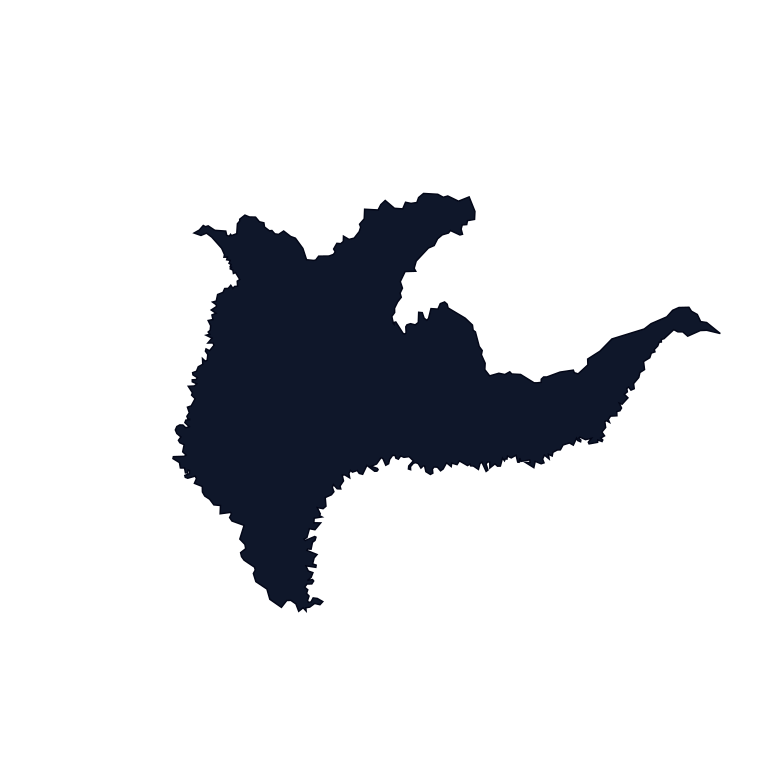 Matsoku, Leribe, Lesotho (orthographic projection), rotated 36°
{"feature_id": "5366337B96273842849421", "entity_name": "Matsoku", "entity_type": "district", "adm_level": 2, "iso_a3": "LSO", "parent_name": "Lesotho", "parent_adm1": "Leribe", "projection": "orthographic", "projection_center": [28.558, -29.136], "detail": "fine", "context": "isolated", "style": "filled", "palette": "ink", "viewbox_px": 768, "rotation_deg": 36, "n_neighbors": 0, "source": "geoboundaries", "source_scale": "gbopen_adm2", "svg_char_len": 6170}
<svg xmlns="http://www.w3.org/2000/svg" viewBox="0 0 768 768"><g transform="rotate(36 384 384)"><path d="M408.8,526.5L402.6,523.2L408.0,520.7L408.9,517.0L403.2,510.4L406.6,504.5L406.8,500.6L403.0,498.0L402.2,495.1L407.7,496.3L410.7,494.3L408.4,492.4L408.2,486.2L403.8,482.3L405.7,480.6L411.4,480.1L408.3,477.1L407.6,473.7L410.3,473.8L413.2,469.7L416.5,470.9L419.8,469.6L418.0,459.9L427.7,460.1L429.5,458.7L429.6,456.8L428.2,456.2L421.9,458.2L425.0,453.1L424.9,445.3L427.0,445.0L433.2,448.7L434.6,445.8L432.9,441.7L432.9,436.7L435.1,435.3L437.1,437.0L439.8,436.4L439.8,432.4L443.2,431.6L447.0,428.0L452.9,428.9L452.2,435.8L453.7,438.4L455.9,437.7L454.0,435.3L454.4,430.8L456.0,428.9L458.6,428.3L463.3,430.3L464.0,426.9L465.2,426.6L469.4,430.3L474.7,429.9L475.9,427.4L473.1,424.3L473.4,421.6L476.1,419.9L480.8,421.0L481.8,418.0L480.9,411.0L486.9,411.3L485.3,408.2L490.5,406.3L490.2,401.9L499.5,400.9L500.6,398.2L502.2,399.3L504.5,397.8L510.6,397.6L508.4,392.0L509.1,389.7L518.0,394.7L518.7,392.5L513.6,388.7L513.6,386.1L515.5,385.1L519.0,389.7L520.7,383.4L524.1,383.8L526.4,382.0L523.4,374.2L526.6,375.3L526.1,373.2L527.6,372.5L526.2,369.7L530.4,369.0L532.7,364.0L538.1,368.6L539.3,367.9L537.4,364.1L540.2,366.2L546.5,359.8L548.4,361.6L544.8,364.3L554.4,363.6L551.8,357.7L558.0,356.2L559.8,353.7L556.4,351.5L555.6,347.2L561.7,347.6L558.3,344.2L562.4,343.4L560.8,340.0L563.0,335.5L565.4,333.6L564.7,328.1L568.7,322.7L573.1,322.2L571.6,314.7L573.9,315.9L577.0,315.2L576.3,313.7L573.3,313.4L573.7,311.8L579.7,310.6L583.8,305.9L583.5,311.0L585.1,311.9L591.1,305.6L589.8,303.6L594.2,302.4L593.9,300.7L591.1,300.4L592.9,296.3L588.5,294.8L588.9,288.9L584.7,284.6L585.6,282.9L589.0,282.5L586.3,280.8L586.2,276.8L591.1,272.8L588.5,269.5L590.6,267.0L590.3,263.8L585.5,261.2L588.5,260.4L589.5,251.8L584.4,251.0L585.5,247.3L583.1,245.0L583.7,242.7L587.4,243.8L589.2,240.7L585.7,237.0L586.3,229.0L584.3,224.3L586.3,219.2L580.8,213.3L583.6,206.5L582.1,201.9L584.3,198.7L582.4,197.3L583.1,192.3L582.0,188.5L583.7,187.0L582.2,184.9L583.9,182.8L586.5,169.7L591.0,169.1L595.1,166.2L601.6,166.8L608.5,154.8L613.6,150.8L626.4,145.5L608.9,144.6L603.5,147.4L596.6,143.6L590.0,144.4L585.6,142.7L577.6,148.8L574.2,154.7L573.3,163.5L564.6,178.2L562.2,186.5L541.9,213.6L539.4,230.6L534.1,244.1L537.7,248.7L535.1,261.7L531.3,263.0L529.0,261.5L519.4,270.9L511.6,282.6L509.0,284.5L508.4,287.7L510.2,290.3L507.0,293.2L504.8,294.8L488.9,296.0L481.5,300.8L478.6,300.2L476.2,305.3L470.6,307.8L464.7,315.3L457.1,313.1L453.6,307.7L445.6,303.1L443.8,299.2L439.0,297.7L427.3,288.1L424.5,288.1L420.9,284.3L411.0,283.0L391.1,284.8L388.2,282.3L384.8,282.0L382.3,285.9L383.6,291.7L377.7,295.4L381.5,304.8L381.2,307.3L377.8,307.2L373.0,303.8L369.9,305.6L375.6,314.1L374.5,317.8L370.0,319.6L367.8,322.6L368.0,324.9L371.8,329.6L371.5,331.3L369.9,331.9L357.1,326.9L356.1,328.1L357.1,329.8L356.0,329.6L350.6,324.7L350.6,319.9L348.0,316.5L346.8,309.5L347.0,303.7L343.6,301.0L342.6,295.6L337.0,291.6L335.0,280.6L343.4,274.1L340.4,272.7L337.8,265.6L340.0,247.9L343.2,242.5L342.0,235.0L343.5,229.0L347.4,224.0L347.5,220.8L357.8,218.8L359.5,216.7L355.3,213.3L353.8,209.3L357.2,206.4L355.5,202.8L360.5,197.6L356.1,190.9L342.9,182.6L336.8,192.3L325.1,194.4L322.2,198.1L316.0,198.9L304.0,206.6L302.4,212.8L303.9,217.9L299.7,222.0L294.6,224.3L296.2,231.3L289.2,235.7L277.1,234.8L276.0,240.8L276.9,246.7L265.6,254.0L270.9,262.0L270.3,269.1L272.9,270.8L274.4,275.3L274.1,283.5L270.7,287.6L264.3,288.2L267.3,292.6L266.5,295.9L263.2,297.9L263.9,304.4L266.9,305.8L266.9,308.9L264.3,312.8L256.0,319.0L255.9,323.9L254.4,325.4L248.3,329.0L238.7,322.0L226.6,318.1L221.8,319.5L212.9,319.2L210.8,324.9L207.4,326.7L203.1,325.7L201.2,327.4L195.0,327.2L192.1,324.2L187.8,326.0L182.0,324.5L176.9,328.0L172.2,329.1L170.4,335.5L171.5,337.0L171.2,340.5L176.5,348.9L173.4,353.6L171.9,353.1L172.0,355.4L169.4,356.2L166.1,353.3L156.8,359.1L148.8,359.4L147.1,361.7L144.6,362.0L144.1,368.0L141.6,373.5L148.6,371.4L151.7,366.3L158.3,366.4L172.9,369.6L178.9,373.1L180.0,375.5L182.8,373.4L183.7,376.0L186.9,374.4L187.7,377.5L190.1,377.2L190.6,379.7L192.0,379.3L191.9,381.2L194.8,380.7L197.2,383.1L198.4,381.1L205.9,384.2L204.8,387.1L208.1,390.9L205.8,392.9L205.6,395.5L202.0,394.2L201.8,398.2L199.0,400.4L199.9,404.5L196.8,409.4L199.5,415.5L197.1,418.5L201.7,418.5L202.9,419.9L200.7,425.7L206.5,425.5L204.2,429.3L207.7,432.4L204.4,436.0L209.5,438.7L211.8,442.7L211.2,445.3L213.8,446.1L211.4,449.1L217.9,448.0L217.4,454.4L221.4,451.4L223.7,452.5L223.3,459.6L219.4,460.2L220.2,462.4L224.1,463.7L227.0,468.7L225.9,470.6L222.2,470.1L225.8,474.6L223.6,479.2L224.8,483.9L222.5,487.3L224.1,488.9L229.4,488.6L229.3,490.9L226.4,493.3L227.6,494.9L232.5,493.9L231.8,497.0L227.0,500.9L234.2,503.7L234.8,506.1L239.8,506.9L240.9,515.0L238.6,518.3L243.4,521.7L243.5,526.0L245.5,527.3L248.3,526.5L244.9,529.7L245.6,532.3L251.5,533.0L249.4,535.9L245.4,535.4L242.8,537.2L241.4,540.2L242.2,543.8L245.5,545.8L250.8,546.2L250.8,550.4L253.4,551.5L258.0,550.6L261.0,557.2L265.7,557.8L264.9,559.9L256.3,566.6L257.1,568.4L264.7,567.8L268.6,571.6L272.0,569.2L275.6,572.6L277.2,571.4L276.1,568.8L277.5,568.3L279.3,570.8L276.6,575.1L278.1,576.3L280.6,575.6L285.4,569.5L287.9,570.8L289.0,575.8L297.2,573.7L300.6,578.1L304.8,580.0L310.6,579.7L317.4,581.8L323.1,578.4L327.7,585.3L335.3,578.1L336.9,578.8L337.6,582.8L341.5,584.2L353.9,580.6L358.5,594.2L365.7,595.5L368.9,598.5L367.1,604.7L370.2,607.4L374.5,608.8L386.9,608.3L389.2,610.2L389.7,614.1L396.5,619.2L409.8,618.7L418.2,625.3L432.3,625.0L432.6,616.3L435.8,613.8L442.0,613.7L448.6,618.0L450.1,612.6L454.4,613.4L452.3,611.0L455.1,608.1L456.9,602.3L461.9,600.2L462.4,596.0L456.1,596.7L452.4,598.7L453.0,603.2L451.3,605.1L449.4,604.1L448.0,599.6L444.4,598.9L443.3,595.3L439.2,595.0L439.3,591.0L443.1,588.2L442.9,584.7L441.1,584.2L437.5,588.1L438.7,583.4L437.4,578.4L432.7,579.8L427.7,577.0L436.6,572.4L435.6,570.4L432.0,571.5L429.7,565.8L430.1,561.3L419.4,564.0L419.3,562.2L422.1,560.5L419.2,554.1L420.1,551.1L419.0,547.9L417.6,548.1L412.3,556.9L410.3,556.6L411.9,553.6L408.7,544.9L413.8,542.5L414.4,533.6L408.8,537.5L406.4,533.6L412.0,528.0L409.2,528.4L408.8,526.5Z" fill="#0f172a" stroke="#020617" stroke-width="1.5"/></g></svg>